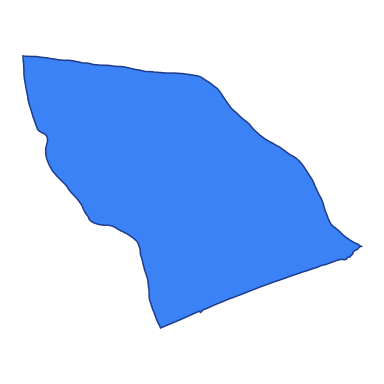 Haswin, Al Mahrah, Yemen (Mercator projection)
{"feature_id": "15242507B7547411227389", "entity_name": "Haswin", "entity_type": "district", "adm_level": 2, "iso_a3": "YEM", "parent_name": "Yemen", "parent_adm1": "Al Mahrah", "projection": "mercator", "projection_center": [51.893, 15.725], "detail": "fine", "context": "isolated", "style": "filled", "palette": "blue", "viewbox_px": 384, "rotation_deg": 0, "n_neighbors": 0, "source": "geoboundaries", "source_scale": "gbopen_adm2", "svg_char_len": 5618}
<svg xmlns="http://www.w3.org/2000/svg" viewBox="0 0 384 384"><path d="M23.0,55.9L23.1,56.9L23.1,58.7L23.2,60.7L23.5,62.5L23.7,65.0L23.7,66.9L23.9,68.6L23.9,70.7L23.9,72.6L24.0,74.8L24.2,76.8L24.4,79.0L24.8,80.8L25.1,83.2L25.6,85.3L25.8,87.1L26.3,89.3L26.6,91.4L27.0,93.1L27.4,95.0L27.7,96.8L27.9,98.9L28.3,100.6L28.8,102.6L29.2,104.3L29.3,104.5L29.9,106.4L30.6,108.6L31.0,110.2L31.6,111.9L32.2,113.9L32.7,115.6L33.1,117.2L33.9,119.0L34.4,120.6L34.9,122.2L35.6,123.9L36.2,125.6L36.7,127.2L37.4,129.0L38.5,130.5L40.0,131.5L41.7,132.6L43.6,133.5L45.2,134.3L46.3,135.6L47.2,137.3L47.5,139.6L47.5,141.4L47.1,143.3L46.5,145.2L46.1,146.8L45.7,148.4L45.7,150.3L45.7,152.1L45.8,153.8L46.0,155.7L46.4,157.6L46.9,159.4L47.7,161.4L48.5,163.3L49.3,165.2L50.2,166.7L51.1,168.4L52.0,170.1L53.1,171.6L54.4,173.1L55.6,174.5L56.8,176.0L58.0,177.2L59.4,178.6L60.6,179.8L62.0,181.2L63.3,182.5L64.8,183.9L65.9,185.2L67.0,186.7L68.1,188.5L69.2,190.0L70.3,191.4L71.6,192.9L73.0,194.4L74.4,195.8L75.3,196.9L75.7,197.3L76.9,198.5L78.0,200.0L79.3,201.7L80.3,203.1L81.3,204.5L82.2,206.2L82.8,207.8L83.7,209.5L84.5,211.4L85.5,213.0L86.6,214.6L87.8,216.0L88.5,217.6L89.2,219.3L90.5,220.7L92.0,221.9L93.5,222.7L95.1,223.3L96.7,223.8L98.3,224.3L100.0,224.7L102.0,225.0L103.9,225.2L105.6,225.2L107.4,225.2L109.1,225.3L111.5,225.9L113.1,226.4L114.9,227.3L116.4,228.3L117.9,229.2L119.4,230.0L120.9,230.9L122.8,231.6L124.4,232.6L126.1,233.3L127.6,234.2L129.2,235.2L130.8,236.4L132.2,237.3L133.6,238.3L135.0,239.6L136.4,240.8L137.5,242.1L138.2,243.7L138.7,245.3L139.4,247.0L140.0,248.9L140.2,250.6L140.3,252.4L140.4,254.1L140.9,255.9L141.5,257.6L142.1,259.3L142.5,261.0L142.9,263.2L143.3,265.0L143.8,266.6L144.2,268.2L144.6,269.8L145.2,271.7L145.9,273.4L146.3,275.1L147.0,277.0L147.5,278.8L147.9,280.4L148.0,281.9L148.0,282.1L148.3,283.9L148.4,285.9L148.6,287.6L148.9,289.3L149.1,291.0L149.1,292.7L149.1,294.1L149.1,294.6L149.2,296.5L149.2,298.2L149.7,299.8L150.2,301.8L150.8,303.5L151.3,305.1L151.9,306.7L152.3,308.3L152.9,309.9L153.8,311.9L154.4,313.5L154.9,315.1L155.0,315.4L155.6,316.9L156.1,318.5L157.0,320.2L157.6,321.8L158.1,322.9L158.3,323.3L158.5,323.7L159.4,325.4L159.5,325.4L160.2,327.1L160.5,328.0L163.9,326.6L175.0,321.9L181.4,319.2L193.8,313.6L198.9,311.3L199.7,311.5L200.4,312.4L201.7,311.6L201.9,310.8L202.4,310.2L206.2,308.7L215.2,304.6L221.3,302.2L224.6,300.8L228.9,299.0L232.3,297.8L245.5,292.8L252.9,289.8L260.1,287.0L275.5,281.4L278.4,280.5L280.9,279.6L283.6,278.7L292.4,275.5L299.0,273.3L303.8,271.6L307.4,270.6L309.5,269.8L318.3,266.9L321.2,265.5L323.4,265.1L326.4,264.3L332.0,262.2L334.1,261.5L335.4,261.0L336.3,260.5L337.4,260.3L338.7,259.9L340.2,259.5L342.1,259.4L344.4,259.8L345.8,259.4L346.5,259.2L346.8,258.3L347.7,257.3L348.7,257.2L349.8,257.0L352.8,253.8L353.2,252.2L354.4,250.9L355.5,250.1L356.5,250.0L357.8,248.7L359.6,247.0L360.9,246.3L361.0,246.3L359.6,245.4L359.2,245.1L358.8,244.8L357.4,243.8L356.7,243.6L355.8,243.3L354.1,242.6L352.8,241.8L352.5,241.6L350.9,240.6L349.3,239.6L347.8,238.4L346.3,237.6L346.2,237.6L345.3,236.8L345.0,236.5L343.8,235.5L342.4,234.4L342.1,234.0L341.1,233.0L339.9,231.8L338.5,230.5L336.9,229.3L335.7,228.1L334.2,227.1L333.5,226.6L332.8,225.9L331.4,224.6L330.4,223.0L329.5,221.4L328.7,219.5L327.9,217.9L327.5,216.2L326.8,214.7L325.9,212.5L325.2,210.9L324.8,209.0L324.2,207.4L323.7,205.6L323.3,203.9L322.6,202.2L322.0,200.5L321.3,198.7L320.5,197.2L319.5,195.5L318.6,193.8L317.9,192.3L317.0,190.4L316.3,188.8L315.3,186.6L314.4,184.8L314.0,183.2L313.1,181.7L312.4,180.0L312.2,179.7L311.4,178.5L310.6,177.0L309.5,175.6L308.7,174.1L307.5,172.3L306.3,170.4L305.2,168.8L304.2,167.2L303.1,165.8L302.2,164.4L301.1,163.1L299.8,161.6L298.5,160.3L296.9,158.9L295.4,157.7L293.8,156.7L292.1,155.7L290.5,154.9L290.3,154.7L289.0,153.9L287.5,152.8L286.0,151.7L284.6,150.6L283.2,149.7L281.8,148.7L280.5,147.7L279.0,146.7L277.4,146.0L275.7,145.0L274.2,144.1L272.4,143.0L270.9,142.3L269.0,141.3L267.4,140.3L265.6,139.3L264.6,138.5L264.2,138.3L262.8,137.2L261.2,136.1L259.6,134.9L258.2,133.6L256.9,132.3L255.6,131.2L254.0,129.7L253.0,128.6L252.6,128.2L251.4,126.7L250.1,125.1L248.9,123.7L247.6,122.6L246.2,121.5L244.9,120.5L243.4,119.3L242.8,118.9L241.6,117.8L240.1,116.4L238.9,115.2L237.5,113.8L236.2,112.6L234.7,111.4L233.5,110.4L232.3,109.2L231.1,108.0L230.1,106.6L229.0,105.0L228.0,103.6L227.0,102.3L226.0,100.9L224.9,99.3L223.9,97.7L222.9,96.2L222.0,94.9L220.9,93.3L219.9,91.7L219.5,91.2L218.7,90.2L217.5,88.8L216.1,87.6L214.2,86.3L212.7,85.1L211.3,83.9L209.8,82.9L208.3,81.7L206.8,81.0L204.9,79.7L203.1,78.5L201.4,77.4L199.8,76.6L197.9,76.0L196.0,75.6L194.3,75.4L192.5,75.0L190.6,74.8L188.8,74.4L187.0,74.2L185.1,74.0L183.2,73.6L181.1,73.5L179.4,73.4L177.6,73.3L175.7,73.1L174.0,73.1L172.1,73.1L170.4,73.1L168.6,73.0L166.4,73.0L164.2,72.9L162.5,72.7L160.6,72.5L158.8,72.5L156.4,72.2L154.5,72.2L152.3,71.7L150.6,71.6L148.7,71.6L146.8,71.6L145.0,71.4L143.2,71.0L141.5,70.5L139.8,70.1L137.5,69.8L135.6,69.6L133.6,69.0L132.7,68.9L131.8,68.7L129.8,68.1L127.8,67.7L126.1,67.3L124.3,66.9L122.5,66.7L120.4,66.5L119.7,66.5L118.3,66.4L116.2,66.4L115.7,66.3L114.3,66.3L112.2,65.8L110.5,65.6L108.3,65.4L106.6,65.3L104.7,65.2L102.9,65.2L100.8,65.2L99.0,65.0L97.0,64.8L95.3,64.7L93.4,64.6L91.6,64.0L89.8,63.5L88.1,63.2L86.4,63.0L84.6,63.0L82.8,63.0L81.1,62.6L79.1,62.0L77.1,61.6L75.3,61.4L73.6,60.9L71.8,60.7L69.6,60.3L68.2,60.3L67.9,60.3L65.9,60.3L63.6,60.3L61.8,60.1L59.9,59.9L57.2,59.6L55.1,59.1L53.4,58.9L51.5,58.7L49.8,58.5L48.2,58.0L46.3,57.8L44.6,57.6L42.7,57.4L40.7,57.2L38.8,56.9L37.1,56.6L35.3,56.5L32.9,56.5L30.9,56.5L28.7,56.3L25.4,56.3L23.0,55.9Z" fill="#3b82f6" stroke="#1e3a8a" stroke-width="1.5"/></svg>